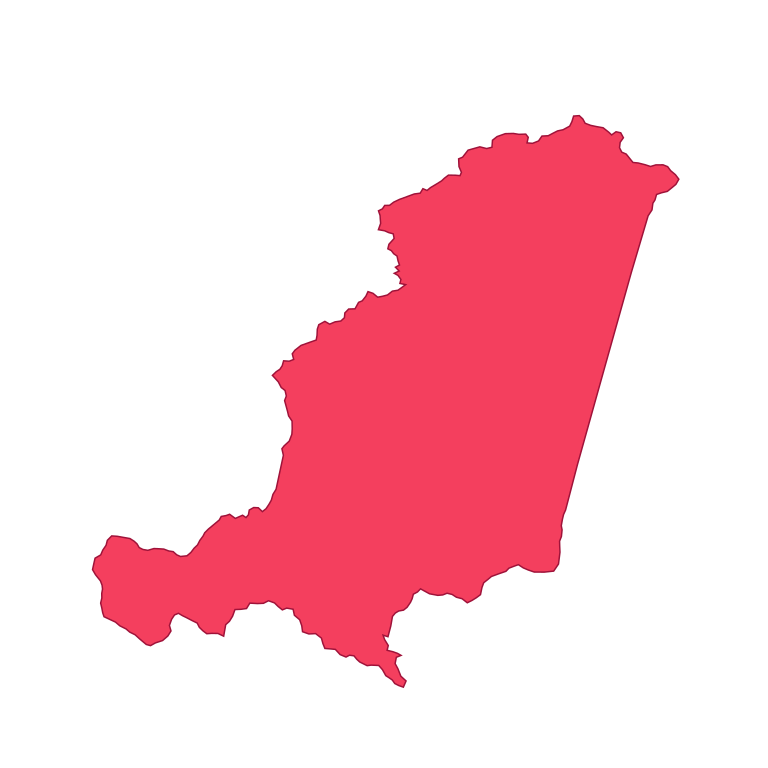 Iporá, Goiás, Brazil, rotated 100°
{"feature_id": "56859067B49504952139993", "entity_name": "Iporá", "entity_type": "district", "adm_level": 2, "iso_a3": "BRA", "parent_name": "Brazil", "parent_adm1": "Goiás", "projection": "robinson", "projection_center": [-51.149, -16.451], "detail": "fine", "context": "isolated", "style": "filled", "palette": "rose", "viewbox_px": 768, "rotation_deg": 100, "n_neighbors": 0, "source": "geoboundaries", "source_scale": "gbopen_adm2", "svg_char_len": 4237}
<svg xmlns="http://www.w3.org/2000/svg" viewBox="0 0 768 768"><g transform="rotate(100 384 384)"><path d="M617.4,638.8L621.9,635.0L627.1,629.1L631.1,626.7L634.8,625.6L639.3,625.6L643.8,624.7L649.0,625.0L653.6,623.0L658.1,621.3L661.8,619.3L665.1,607.1L668.0,602.2L670.0,595.5L672.5,591.3L674.2,585.5L677.4,580.5L681.8,572.9L682.2,568.5L678.7,564.2L675.1,557.5L669.7,553.1L664.2,550.9L659.0,553.4L652.6,552.3L647.8,550.2L645.5,546.6L647.2,542.1L648.3,538.2L650.3,531.9L651.9,526.4L655.7,523.6L658.5,519.5L660.7,515.2L659.5,510.4L658.5,504.2L660.2,498.1L648.5,498.1L644.5,495.0L639.0,492.8L632.0,491.6L630.7,485.7L629.0,480.4L623.1,478.1L622.2,470.5L620.9,464.6L617.5,460.1L618.6,453.8L621.5,449.6L624.1,444.9L621.6,440.9L621.6,434.4L627.3,432.1L630.8,426.1L636.4,423.0L642.1,421.2L643.2,414.6L641.7,408.0L645.1,401.5L650.2,399.1L654.7,396.3L654.2,390.9L653.8,385.8L658.1,380.2L659.5,374.0L657.1,370.9L656.9,366.4L659.9,362.9L662.0,359.6L664.3,351.7L663.1,347.9L662.1,340.3L665.6,335.9L670.9,331.6L672.4,328.0L674.1,324.4L677.1,321.4L678.4,317.1L679.2,312.3L672.6,310.7L668.8,316.7L662.1,320.8L657.4,324.5L651.0,324.4L648.3,320.1L646.9,324.0L646.1,328.8L645.7,334.7L640.8,334.4L635.6,339.0L631.5,341.3L632.2,336.2L621.1,335.3L616.3,335.3L611.4,335.3L607.6,333.1L605.0,330.1L603.3,325.5L599.9,322.5L594.4,320.0L590.6,319.0L585.9,318.6L583.0,314.9L579.4,312.5L582.7,302.7L582.8,294.3L581.5,289.5L579.1,285.6L579.4,280.4L581.4,275.7L581.9,269.8L585.0,264.0L581.9,259.8L578.5,256.0L574.7,252.4L567.5,252.2L562.4,251.3L558.6,247.9L554.9,244.8L550.9,237.9L547.3,231.4L543.7,229.0L540.8,224.2L538.6,220.3L540.9,214.9L542.1,209.7L543.1,203.4L541.4,193.4L538.8,184.4L531.0,180.9L524.7,181.2L519.1,181.5L513.2,182.8L508.3,183.8L503.4,182.8L496.7,183.3L492.8,184.8L486.1,184.8L481.3,184.5L476.6,183.3L429.9,179.5L329.7,169.6L231.2,159.8L172.5,153.1L166.0,150.3L159.3,150.6L155.7,149.1L150.0,148.5L147.5,143.9L145.1,138.4L140.5,134.4L136.7,131.2L131.1,129.2L127.3,133.3L124.1,138.8L120.7,142.4L119.7,147.2L121.0,154.3L123.5,159.3L122.7,165.0L122.2,172.1L122.6,177.3L119.1,181.3L115.5,185.4L114.4,190.1L110.4,193.1L105.0,193.4L99.9,191.0L95.5,194.5L95.3,199.3L99.2,203.1L97.0,206.4L93.6,212.7L93.6,219.3L93.4,225.4L92.3,231.2L88.5,234.2L85.8,238.3L87.2,243.8L93.0,244.5L97.8,245.9L102.5,251.8L104.6,257.0L107.6,261.0L111.0,265.4L112.4,271.5L117.8,274.0L121.2,279.5L121.7,285.0L116.0,284.8L113.3,287.8L114.7,294.5L114.8,300.2L116.4,308.0L120.7,315.6L125.1,319.5L132.1,318.8L134.3,323.8L133.8,330.8L139.1,341.8L147.0,346.0L149.3,349.6L156.9,347.9L162.1,344.5L165.6,345.3L166.0,349.9L167.1,356.8L170.9,360.3L173.9,362.5L178.1,367.2L182.6,372.4L185.9,375.2L184.9,379.6L189.8,381.5L191.6,387.2L199.5,400.8L203.2,406.0L207.1,409.6L208.0,414.3L211.8,416.0L214.4,419.5L218.8,417.1L222.2,416.3L226.4,415.2L233.0,416.3L233.0,410.0L234.1,405.6L234.5,401.0L238.9,399.3L245.5,403.4L250.2,403.7L251.4,399.9L254.0,397.1L255.7,393.4L260.4,391.5L264.1,389.4L267.0,393.0L270.1,388.7L273.2,393.1L274.6,389.1L278.1,385.5L282.2,385.8L282.4,380.0L285.4,382.8L289.2,386.5L291.1,391.9L295.7,396.0L297.9,400.8L299.6,405.3L296.6,410.6L295.8,415.8L300.7,417.1L305.9,419.9L308.0,423.2L315.0,425.6L316.3,431.8L320.8,434.9L325.6,434.5L329.5,437.5L331.3,443.0L334.5,447.9L332.6,453.1L336.9,458.5L341.6,459.2L347.7,458.4L352.5,458.4L355.1,463.1L360.4,472.4L366.2,477.6L370.2,479.6L375.5,477.2L378.0,481.3L378.6,486.9L383.7,487.4L387.6,489.1L390.5,492.2L394.9,495.4L400.2,488.5L405.3,484.6L407.6,480.3L412.8,478.1L417.6,479.0L427.8,474.2L432.0,472.4L436.5,468.1L444.2,466.6L449.5,466.0L456.7,467.4L462.2,471.6L465.5,473.3L471.7,470.7L506.4,472.0L512.0,474.2L518.0,474.8L522.5,476.4L527.3,478.5L530.8,481.6L527.7,486.3L528.3,490.9L531.5,494.8L536.4,494.8L539.5,496.7L537.8,500.5L542.2,507.1L539.1,513.4L541.0,516.7L542.7,521.3L546.5,522.6L552.7,527.8L557.3,531.7L561.6,534.7L565.2,535.8L570.0,538.2L574.9,539.7L578.7,542.5L583.4,544.9L587.4,548.2L589.2,554.5L588.2,558.5L585.7,562.5L585.8,567.0L584.8,572.2L585.4,577.5L586.0,582.0L588.8,587.7L588.8,592.7L587.6,596.7L584.3,599.5L582.2,602.8L580.3,607.4L580.3,612.0L580.3,620.2L580.9,625.8L586.0,629.3L591.1,629.7L596.4,632.1L601.5,633.3L605.7,638.3L612.0,638.6L617.4,638.8Z" fill="#f43f5e" stroke="#9f1239" stroke-width="1.5"/></g></svg>